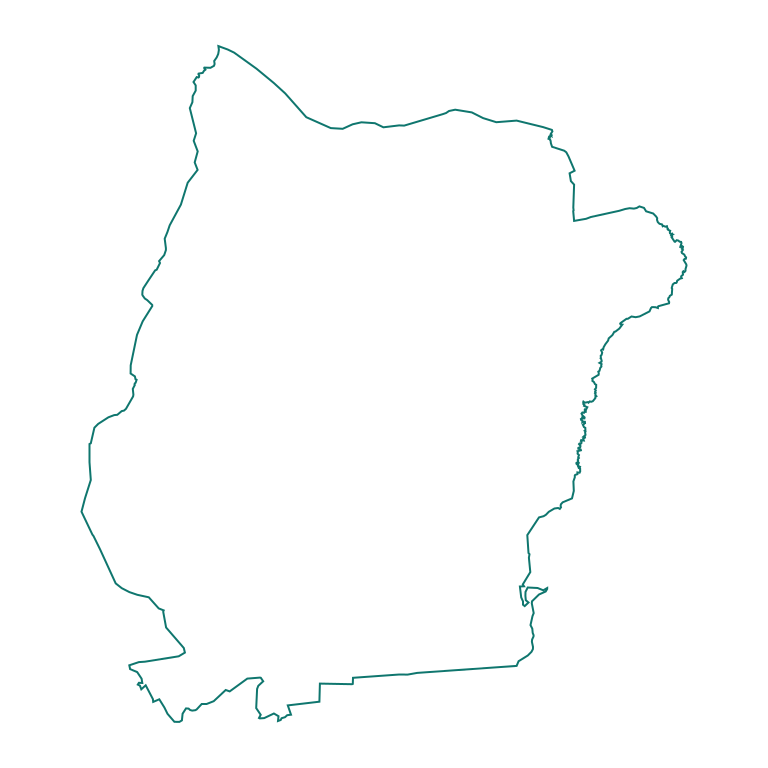 outline of Gaiķu pag., Brocenu, Latvia
{"feature_id": "27541924B40393158953955", "entity_name": "Gaiķu pag.", "entity_type": "district", "adm_level": 2, "iso_a3": "LVA", "parent_name": "Latvia", "parent_adm1": "Brocenu", "projection": "mercator", "projection_center": [22.579, 56.793], "detail": "fine", "context": "isolated", "style": "outline", "palette": "teal", "viewbox_px": 768, "rotation_deg": 0, "n_neighbors": 0, "source": "geoboundaries", "source_scale": "gbopen_adm2", "svg_char_len": 6088}
<svg xmlns="http://www.w3.org/2000/svg" viewBox="0 0 768 768"><path d="M189.8,108.1L196.1,133.3L193.7,140.8L197.7,151.4L194.7,162.4L197.6,169.9L187.7,182.7L180.9,204.6L169.7,225.3L167.4,232.1L164.7,238.7L165.9,248.1L165.9,250.1L164.2,255.1L159.1,261.1L160.0,263.0L156.7,269.7L155.1,270.4L148.3,280.6L143.4,288.1L142.5,290.9L142.3,294.6L142.6,295.4L144.8,298.5L147.2,300.1L152.6,305.3L152.3,305.2L152.3,306.0L142.7,321.3L137.0,334.9L130.7,365.3L130.6,373.5L134.9,376.4L135.5,379.2L136.6,379.8L135.6,382.8L134.8,383.4L134.5,384.3L134.8,385.0L132.8,388.9L133.4,394.6L133.1,396.4L126.0,408.8L124.0,410.6L121.7,411.1L117.3,414.8L114.2,415.1L108.4,417.3L98.2,423.9L94.4,427.7L90.8,443.3L89.5,444.0L89.5,462.2L90.8,480.0L85.0,498.3L81.5,511.7L92.4,534.6L93.5,536.0L100.0,549.2L115.7,583.4L121.8,588.2L129.4,592.1L137.3,594.8L148.8,597.3L158.7,608.4L163.7,610.4L163.2,611.7L166.1,627.5L183.8,648.0L184.9,652.6L178.7,656.3L144.9,661.7L138.9,662.1L129.3,665.3L130.1,669.1L137.2,672.1L141.6,678.7L142.3,683.0L138.9,682.8L137.8,684.6L139.9,685.6L141.3,689.3L145.7,685.3L152.9,699.1L153.2,701.9L159.3,699.3L164.4,707.5L167.5,713.8L174.4,721.8L179.4,721.9L181.9,720.4L182.6,713.7L186.0,708.4L188.6,708.6L190.1,710.0L192.2,710.6L195.3,710.2L196.6,709.5L201.7,704.0L206.6,704.0L213.7,701.2L225.7,690.0L229.7,691.4L247.3,678.6L260.0,677.6L260.8,677.8L263.2,681.3L258.3,685.8L257.1,688.9L256.2,708.1L260.7,714.8L259.0,718.0L259.8,718.4L264.2,718.1L273.9,713.5L278.5,716.2L278.0,721.0L280.7,720.0L281.6,718.2L285.0,717.2L287.2,715.2L291.0,714.7L287.8,705.4L319.4,701.7L319.9,683.6L352.0,684.2L352.8,683.9L353.0,677.8L399.4,674.5L407.6,674.6L417.2,672.9L516.6,665.9L518.6,661.2L527.8,655.5L531.5,651.8L532.9,649.1L533.0,646.9L531.9,641.8L532.1,639.6L533.5,636.5L533.6,635.2L532.7,632.9L532.3,628.7L530.5,625.1L532.5,616.1L533.7,613.1L531.8,603.4L532.0,601.3L539.0,594.5L545.7,591.5L547.2,588.9L547.2,588.0L543.3,590.3L537.6,588.0L527.7,587.5L525.5,591.9L525.4,595.9L525.8,600.2L528.5,602.5L524.7,606.1L523.0,604.7L523.0,601.4L521.2,597.4L519.9,586.5L524.0,586.3L522.8,584.4L530.3,572.1L528.9,557.7L529.5,554.2L528.5,553.0L527.3,535.1L539.0,517.4L543.6,516.2L545.9,514.8L548.8,511.8L554.4,508.5L558.1,508.0L559.8,508.9L561.0,507.3L560.6,506.0L560.9,504.3L562.7,502.3L572.0,498.4L573.8,490.9L573.4,481.4L574.8,477.3L574.8,475.5L575.2,474.9L577.4,474.2L577.4,472.4L579.6,472.7L580.2,471.4L580.1,468.5L579.2,468.2L580.0,466.8L579.0,466.3L578.3,466.8L578.0,466.2L578.1,464.4L578.6,463.3L577.7,463.3L577.0,464.3L576.4,463.7L576.5,462.8L578.3,462.1L577.8,460.8L578.1,460.4L577.8,459.3L578.9,458.0L578.2,457.2L579.0,455.1L577.6,453.7L577.8,451.8L577.5,451.2L580.9,450.3L580.7,449.5L578.3,448.7L578.4,447.8L580.2,447.2L580.5,446.0L579.0,444.1L579.5,443.5L580.7,443.8L581.5,442.9L581.3,442.1L581.7,441.2L580.9,440.9L581.2,440.1L583.8,440.5L583.2,438.5L585.0,437.6L584.9,437.0L583.5,436.7L585.5,434.9L585.1,432.5L585.5,431.5L584.7,430.8L585.4,430.3L585.3,427.8L584.0,427.1L582.9,424.8L584.0,424.0L584.3,422.9L585.0,423.0L584.9,421.8L583.0,421.6L582.3,422.2L582.3,420.6L581.7,419.8L581.1,419.8L580.9,419.0L581.9,418.4L582.2,417.5L583.3,418.4L584.4,418.4L584.6,417.4L582.4,415.3L581.5,413.6L582.4,412.5L584.0,412.8L584.5,411.8L585.7,411.9L585.8,410.9L584.7,409.9L584.9,409.3L586.2,409.3L587.3,407.2L584.1,405.9L584.5,405.1L583.4,404.2L583.2,402.1L583.4,401.6L584.8,402.7L587.9,402.1L588.5,402.7L589.8,401.4L591.1,401.8L592.8,401.2L595.3,398.2L595.3,397.0L596.4,396.2L595.3,395.1L595.6,393.9L595.0,393.2L595.6,392.4L595.1,391.8L595.8,390.4L594.9,389.3L596.1,387.9L596.2,384.8L594.9,384.0L594.0,382.1L592.4,380.9L592.6,379.6L592.2,378.6L598.6,374.8L598.8,373.1L598.3,371.7L599.5,370.8L600.3,367.8L601.4,366.6L601.2,365.6L601.6,364.1L599.5,362.9L601.5,361.7L601.7,361.0L601.1,358.7L600.6,358.3L600.9,357.4L600.7,355.8L601.6,354.9L602.2,352.6L601.1,350.3L602.7,349.0L603.2,349.3L603.6,347.3L605.3,344.3L608.1,340.6L608.7,338.4L612.4,335.1L614.3,331.8L615.4,331.6L619.3,328.6L622.3,324.6L620.5,324.3L620.2,323.6L620.6,323.0L626.5,318.8L627.8,318.8L631.5,316.5L635.7,317.2L639.7,316.4L649.5,311.4L651.0,308.0L652.0,307.1L655.4,307.2L657.9,308.0L657.9,306.8L658.4,306.2L669.0,303.3L669.2,302.1L668.1,299.8L668.3,298.2L669.3,297.3L669.8,295.9L671.8,294.6L672.2,288.8L671.7,288.0L672.8,284.4L674.5,283.0L676.1,283.0L676.7,282.5L677.2,280.7L680.2,278.6L681.8,278.2L681.1,276.8L681.3,276.1L683.0,274.7L682.7,272.1L683.4,271.2L684.5,272.0L685.5,270.8L685.5,269.1L686.5,265.7L686.3,264.4L683.7,260.1L684.5,259.0L685.9,258.7L686.1,257.4L685.1,256.4L684.3,254.6L682.0,253.1L681.5,251.9L682.9,249.9L681.9,248.9L682.7,248.3L683.0,246.7L682.0,246.0L681.0,247.0L680.3,246.9L681.5,243.1L681.1,241.9L679.6,241.7L678.4,240.6L676.7,240.2L675.1,241.8L674.6,241.7L671.6,237.2L672.2,236.8L672.1,236.2L671.3,235.5L672.7,234.5L672.0,234.3L672.0,233.7L670.9,234.0L670.0,233.3L669.8,232.0L670.2,230.8L667.8,229.6L667.6,229.2L667.9,228.7L667.3,227.9L666.9,226.2L665.4,226.7L663.3,225.8L662.7,226.2L662.0,224.4L659.5,223.8L657.8,222.1L657.0,219.8L657.2,218.2L656.2,216.6L653.2,213.5L646.1,211.3L644.0,207.9L639.4,206.4L636.7,208.0L633.9,208.6L629.6,208.2L625.2,209.0L619.2,210.8L590.9,217.0L586.1,218.8L574.1,220.9L573.2,211.0L573.6,210.4L573.3,207.6L574.1,184.6L570.9,181.1L569.6,173.3L574.6,170.7L568.5,156.4L566.3,152.3L564.2,150.7L552.1,146.8L550.9,143.3L550.6,140.8L550.0,139.8L550.1,139.4L548.5,138.8L549.0,137.0L549.6,137.3L549.8,136.5L550.2,136.6L550.4,135.4L551.1,135.8L550.9,135.3L551.6,135.0L550.9,133.7L552.4,131.4L551.9,129.9L543.1,127.1L516.6,120.6L496.3,122.2L483.1,118.1L471.8,112.4L455.2,109.7L449.0,111.0L446.1,113.0L442.9,114.1L404.2,125.6L399.1,125.4L383.4,127.3L374.9,123.2L361.4,122.3L352.6,124.3L342.7,128.8L330.8,128.1L306.3,117.2L285.2,93.4L273.7,82.9L256.5,68.7L234.1,52.6L227.7,49.5L218.4,46.1L218.9,49.9L218.2,54.0L216.7,57.4L214.2,61.0L214.6,64.0L214.0,65.8L210.5,67.8L204.4,67.6L204.2,67.9L204.4,68.6L205.4,69.7L203.9,70.9L202.7,72.9L198.6,73.6L198.4,74.1L199.2,75.7L199.0,77.0L198.5,77.5L196.7,77.1L193.5,82.0L195.7,85.4L195.7,90.6L192.7,96.1L192.4,102.2L189.8,108.1Z" fill="none" stroke="#0f766e" stroke-width="2"/></svg>